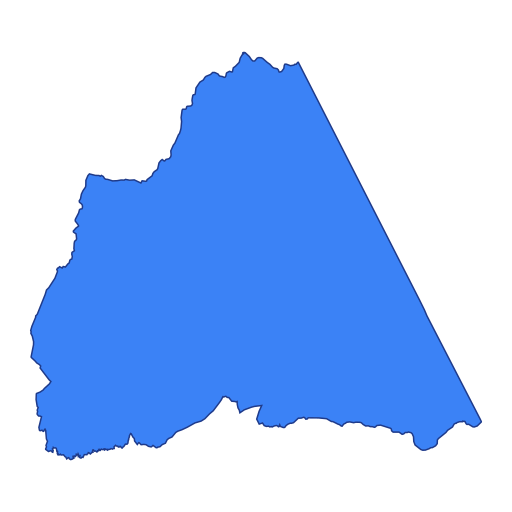 outline of Mwingi North, Eastern, Kenya
{"feature_id": "3690345B80003743115065", "entity_name": "Mwingi North", "entity_type": "district", "adm_level": 2, "iso_a3": "KEN", "parent_name": "Kenya", "parent_adm1": "Eastern", "projection": "natural_earth1", "projection_center": [38.213, -0.407], "detail": "fine", "context": "isolated", "style": "filled", "palette": "blue", "viewbox_px": 512, "rotation_deg": 0, "n_neighbors": 0, "source": "geoboundaries", "source_scale": "gbopen_adm2", "svg_char_len": 5885}
<svg xmlns="http://www.w3.org/2000/svg" viewBox="0 0 512 512"><path d="M298.3,62.3L297.7,62.4L296.2,64.3L294.7,64.3L293.9,65.1L290.5,65.7L286.5,64.2L285.0,64.1L284.3,65.2L283.8,68.5L281.6,71.5L279.7,72.1L279.0,71.9L278.4,70.0L277.1,68.7L273.8,68.0L272.5,67.2L269.9,64.3L267.1,62.3L262.6,58.3L261.2,57.7L258.5,57.6L257.2,58.1L254.7,61.0L252.9,61.0L251.4,59.6L249.3,56.5L245.2,52.7L244.0,52.4L242.9,52.7L242.7,53.2L243.5,53.7L242.2,54.8L240.2,58.2L239.2,62.4L235.4,66.3L233.3,67.8L232.4,71.8L231.6,72.0L229.5,71.3L226.9,72.7L226.4,73.3L225.9,75.9L225.2,77.1L224.2,77.4L222.6,76.6L219.9,76.1L219.1,75.6L218.1,74.1L216.5,73.3L214.7,72.5L212.6,72.5L210.5,74.5L206.1,76.3L204.9,77.4L203.3,80.0L199.9,82.1L196.0,87.9L195.2,93.9L194.9,94.5L193.3,94.8L192.8,95.5L192.2,98.7L192.0,100.5L192.5,103.5L192.1,104.9L190.8,106.0L187.2,106.3L186.7,106.7L186.2,108.7L185.6,109.2L182.8,109.2L182.1,110.1L181.1,117.6L181.6,121.5L181.0,128.3L180.4,130.8L179.5,133.5L178.5,134.7L174.9,143.1L173.3,145.2L170.8,150.9L171.1,155.0L170.7,156.8L169.1,158.7L166.0,159.4L164.9,160.8L164.2,161.0L162.2,159.5L160.7,160.7L159.0,162.9L157.8,168.4L157.1,169.7L154.2,171.7L152.9,173.4L152.1,175.8L147.1,179.6L146.6,181.0L145.7,181.3L142.1,180.8L140.9,183.0L134.3,179.9L129.6,180.2L125.5,179.4L124.2,180.1L121.1,180.0L117.1,180.7L112.6,180.9L107.7,179.4L105.6,179.2L104.5,178.4L103.3,176.5L101.3,175.4L100.3,176.2L99.0,175.5L95.4,175.4L89.4,173.9L87.9,175.6L85.9,180.3L85.8,185.5L85.5,187.1L83.0,190.7L81.4,194.1L80.5,198.8L79.2,200.9L79.5,202.3L81.5,203.9L82.3,205.1L82.5,206.7L82.3,208.2L82.0,208.8L80.3,209.1L79.5,209.7L78.6,213.0L75.5,219.0L75.2,220.0L75.3,221.1L77.8,224.4L78.5,225.6L78.5,226.2L76.0,228.0L73.3,231.1L73.5,232.1L76.1,233.9L76.6,238.8L76.3,239.8L74.6,241.3L74.2,243.2L73.9,248.7L74.4,250.7L72.0,252.4L71.9,252.8L71.8,254.3L72.3,256.5L71.8,259.1L70.4,259.5L69.8,260.4L69.2,262.9L67.9,263.9L65.4,267.0L63.2,266.5L62.2,268.0L59.6,266.7L58.3,268.0L57.6,268.1L57.0,269.1L56.8,269.7L57.5,270.9L57.3,272.1L54.9,278.3L48.8,287.7L46.5,290.0L45.2,294.4L38.3,311.7L37.2,314.4L35.7,315.9L35.6,317.4L31.9,326.3L30.7,330.5L31.1,331.7L30.9,333.4L32.3,336.1L33.6,341.7L33.5,344.9L31.1,356.9L31.3,357.5L35.3,361.2L36.7,362.9L39.4,364.6L40.7,366.0L40.1,368.0L49.1,379.8L50.9,381.5L49.4,383.9L44.3,388.5L43.3,389.9L40.2,392.0L36.5,393.5L36.3,394.1L36.1,399.6L37.2,406.4L38.2,407.5L37.2,410.1L37.6,411.3L37.1,413.8L37.3,414.5L38.6,416.0L40.2,416.1L41.5,416.7L38.9,427.3L39.4,430.1L39.8,430.6L40.5,430.7L42.0,430.2L43.2,431.4L43.7,431.3L44.6,429.4L45.0,429.1L45.7,430.4L46.4,438.9L47.5,441.3L46.0,445.4L46.5,446.9L45.6,449.0L45.7,449.4L48.5,451.5L50.3,450.8L51.0,450.9L51.6,451.1L52.3,452.2L52.8,452.3L53.2,450.4L52.4,448.9L53.2,448.2L53.3,447.4L54.1,448.0L55.6,447.9L56.3,448.4L56.8,451.1L57.3,451.1L57.6,451.7L57.2,452.1L58.0,453.6L57.4,453.8L58.0,454.9L59.6,454.8L60.4,454.2L61.1,455.0L63.5,454.8L65.2,456.8L65.8,457.0L66.7,458.9L68.3,457.6L68.8,457.7L69.4,458.9L70.7,459.6L72.1,459.2L74.0,458.0L73.1,457.3L73.0,456.3L74.7,456.0L75.0,456.6L75.4,456.6L76.3,455.3L76.2,454.2L76.8,454.2L77.5,455.1L78.0,455.2L78.2,454.1L78.7,455.2L78.3,456.6L78.9,456.6L79.9,456.0L79.6,457.5L81.0,458.1L82.2,457.1L83.0,457.4L84.3,454.6L86.9,454.7L87.2,454.1L88.0,453.6L88.3,452.6L89.2,452.9L90.3,454.0L92.0,452.5L92.9,452.2L92.4,451.5L93.0,449.8L93.5,449.9L94.3,451.2L95.5,451.0L96.9,452.0L97.8,451.3L97.7,450.7L99.6,450.4L98.9,449.4L99.4,449.3L100.5,450.2L100.9,449.4L101.4,449.1L102.4,449.6L103.7,449.4L104.5,450.1L105.0,449.7L104.5,448.9L105.0,448.9L106.6,449.5L107.2,449.4L107.2,450.0L107.6,450.2L108.3,449.5L110.0,449.3L111.0,448.6L112.5,449.1L113.0,448.7L114.2,448.5L114.0,446.9L115.5,445.3L116.3,446.0L117.9,446.2L118.2,446.9L118.8,447.1L119.8,446.8L120.1,446.3L120.6,446.5L121.6,447.9L122.3,448.0L122.6,447.4L123.8,446.5L125.4,444.1L127.0,444.2L127.9,443.1L128.2,440.6L128.7,439.7L128.5,439.2L129.4,436.7L129.4,435.8L130.6,433.5L131.2,433.8L133.0,437.2L134.3,438.5L134.6,441.0L137.3,444.5L138.7,442.6L139.2,442.7L141.1,444.7L143.8,444.4L146.1,444.7L148.4,446.3L151.0,446.9L151.5,446.8L153.0,445.4L156.1,447.7L157.1,447.7L157.6,447.2L160.0,446.7L162.2,444.6L165.4,443.2L167.1,439.8L168.8,438.4L172.0,437.0L175.8,432.4L177.8,431.2L182.0,429.7L187.3,427.2L195.0,422.9L201.1,421.1L204.9,418.7L209.7,413.7L213.2,410.8L219.4,402.6L221.4,399.7L222.7,397.0L223.0,396.6L223.7,397.0L225.2,396.4L225.9,396.3L227.2,397.4L228.9,397.6L231.7,401.2L235.0,401.5L236.1,401.9L237.1,401.5L237.3,404.6L238.0,407.9L239.3,410.2L239.9,412.8L244.3,409.8L251.4,407.2L254.4,406.4L261.7,405.5L259.1,411.3L256.7,419.1L259.2,424.1L262.5,423.0L264.2,425.6L266.3,426.4L268.6,426.2L269.7,426.9L271.7,426.6L272.1,427.0L274.4,425.9L276.4,425.5L277.5,425.9L278.4,426.8L278.9,426.7L279.7,424.8L280.3,426.4L283.2,427.5L284.4,427.5L285.0,427.1L286.1,425.5L288.1,424.1L290.3,423.2L291.3,423.3L293.5,422.7L298.3,418.2L301.2,418.1L303.6,417.3L304.6,417.6L305.8,419.2L307.4,418.9L308.1,417.9L308.5,417.8L318.6,417.9L326.6,418.7L331.4,421.5L332.9,421.6L338.3,424.3L339.3,424.5L341.2,426.0L342.1,426.2L343.7,424.1L345.7,423.1L346.6,422.3L349.8,421.9L353.6,422.7L355.8,422.2L359.9,422.3L361.3,422.7L363.2,424.5L365.7,426.0L368.3,425.8L370.2,426.6L372.6,426.7L374.4,427.3L375.3,427.0L376.9,425.5L380.5,425.1L390.6,428.3L391.3,429.1L391.6,430.8L393.1,432.1L399.0,432.1L402.1,434.3L403.7,433.9L405.2,432.5L407.3,432.5L408.4,432.0L411.0,432.7L412.1,433.6L413.5,436.7L413.8,441.6L415.1,445.0L420.8,449.5L422.6,450.2L425.3,450.1L429.2,448.7L430.7,447.7L432.4,447.6L435.6,445.8L437.2,443.7L437.4,439.9L438.5,438.5L445.9,432.5L447.6,430.3L452.5,427.0L454.1,424.1L455.5,423.3L456.2,423.3L456.9,422.6L459.6,421.7L462.5,421.7L462.8,421.1L464.1,421.5L464.6,421.3L465.0,421.5L466.1,423.7L466.9,424.4L468.7,424.3L472.8,426.8L474.2,427.0L477.2,426.0L481.2,422.1L481.3,421.5L480.0,418.8L426.9,315.8L424.4,309.9L419.4,299.8L298.3,62.3Z" fill="#3b82f6" stroke="#1e3a8a" stroke-width="1.5"/></svg>